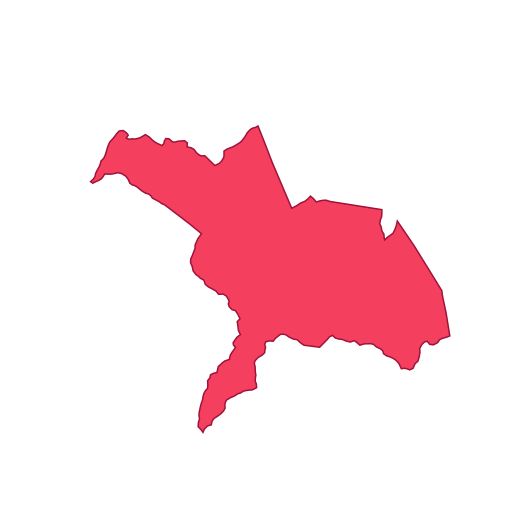 the district of Aracoiaba, Ceará, Brazil, rotated 148°
{"feature_id": "56859067B24661252724236", "entity_name": "Aracoiaba", "entity_type": "district", "adm_level": 2, "iso_a3": "BRA", "parent_name": "Brazil", "parent_adm1": "Ceará", "projection": "orthographic", "projection_center": [-38.671, -4.503], "detail": "fine", "context": "isolated", "style": "filled", "palette": "rose", "viewbox_px": 512, "rotation_deg": 148, "n_neighbors": 0, "source": "geoboundaries", "source_scale": "gbopen_adm2", "svg_char_len": 3758}
<svg xmlns="http://www.w3.org/2000/svg" viewBox="0 0 512 512"><g transform="rotate(148 256 256)"><path d="M250.4,144.9L239.5,147.5L236.6,148.5L233.2,148.1L232.2,144.4L229.8,141.7L226.8,139.3L224.8,136.3L221.7,133.1L217.4,132.1L216.2,128.7L215.2,125.3L210.9,124.2L207.5,122.2L205.1,120.8L203.1,118.7L202.1,115.1L199.9,111.8L198.7,108.6L199.6,105.5L198.2,102.2L195.9,99.5L194.0,96.7L192.5,93.3L191.8,89.6L192.1,86.4L192.5,83.4L189.6,82.1L187.5,80.1L186.0,78.0L182.4,77.5L178.1,80.4L174.4,81.0L171.6,83.4L168.0,87.4L166.2,90.8L162.5,93.0L158.7,93.8L156.0,93.0L155.5,89.0L152.5,86.6L147.9,86.3L144.2,87.8L140.6,87.1L137.7,86.2L134.0,85.5L124.8,107.4L120.6,119.0L118.6,124.3L116.8,128.0L116.6,152.1L116.6,156.9L116.5,176.9L116.5,181.4L117.6,210.8L120.6,207.7L123.8,205.1L127.7,202.7L130.9,202.4L134.0,202.3L138.4,201.5L137.3,204.3L136.0,206.6L136.0,210.3L134.4,214.5L134.0,217.7L131.5,220.6L128.7,222.7L126.8,225.2L124.7,228.6L164.3,263.0L167.0,266.2L169.6,267.7L172.9,269.0L176.2,269.8L176.9,274.2L178.1,277.9L181.7,276.9L185.9,276.5L190.1,277.3L194.1,277.1L197.6,277.3L200.4,277.6L192.7,326.6L189.0,345.6L185.4,365.2L188.2,365.3L190.9,366.2L193.8,366.3L198.0,365.2L202.3,362.9L206.6,361.3L209.3,360.7L212.3,360.7L215.0,360.7L218.2,360.9L221.5,361.6L224.5,362.1L227.6,361.9L229.0,359.5L230.8,356.9L234.5,354.9L237.6,354.0L240.3,354.2L243.0,354.6L246.3,368.2L249.5,370.0L251.0,372.6L251.8,375.3L252.0,379.1L253.6,382.1L256.6,385.1L254.3,388.3L255.4,391.6L261.8,394.9L264.4,395.5L266.4,397.2L267.6,401.4L270.2,403.4L272.9,402.0L274.6,400.1L277.3,399.6L280.2,404.0L281.5,406.6L282.5,409.3L283.5,413.5L285.5,417.6L288.2,417.6L291.6,417.7L296.5,419.2L299.2,421.2L301.8,422.2L303.5,424.7L300.3,426.2L300.6,429.2L302.1,432.8L305.8,434.5L309.5,433.5L313.0,432.1L315.8,431.2L319.5,430.2L322.8,428.0L325.7,425.6L327.9,423.6L330.5,421.4L333.3,419.6L337.1,418.7L339.4,416.5L341.7,414.8L344.9,413.1L348.4,410.9L350.3,408.7L353.3,407.4L356.9,406.7L355.8,404.2L352.2,403.9L349.2,403.4L346.2,403.4L343.5,404.4L340.9,405.7L338.6,404.2L335.7,402.3L332.8,401.1L328.9,399.8L326.1,396.8L324.0,392.3L323.8,388.4L324.4,384.7L323.3,381.9L321.5,379.9L320.2,377.4L319.4,374.8L318.4,371.9L316.5,368.0L314.0,365.2L313.2,362.6L313.2,360.0L311.6,357.3L309.5,353.7L308.1,350.2L306.4,347.9L295.5,318.9L290.4,303.8L293.1,302.7L296.5,301.3L298.9,299.6L301.8,297.6L303.8,294.6L306.7,292.5L309.4,290.4L312.9,288.1L315.0,285.1L315.7,280.8L317.2,276.6L316.8,272.2L315.5,269.1L315.0,266.5L313.0,263.2L314.0,258.9L312.8,255.1L310.6,251.3L308.5,247.4L308.0,243.3L304.1,241.2L302.4,237.9L302.4,234.5L302.8,231.7L304.8,230.2L305.6,227.2L304.8,223.2L302.4,220.6L302.3,216.3L302.8,211.3L306.7,210.3L308.6,205.9L310.5,201.8L310.8,197.6L314.9,197.3L317.8,196.2L321.3,194.6L322.4,192.2L321.7,189.5L324.6,188.1L327.3,187.1L330.4,185.5L333.4,182.4L337.9,183.5L341.1,183.3L343.8,182.7L346.5,182.3L348.6,180.2L350.9,177.9L354.0,179.0L357.5,179.4L359.7,177.1L363.1,175.9L365.5,171.7L367.2,169.4L370.5,168.5L373.5,166.7L375.9,164.3L378.0,161.9L380.2,160.3L382.8,157.9L385.4,155.2L387.3,153.3L389.0,150.7L390.2,147.8L393.2,145.2L395.5,141.9L394.7,138.2L394.4,134.5L391.6,136.5L387.2,137.6L383.4,136.5L380.8,139.2L377.6,140.5L373.8,140.5L369.7,140.8L365.8,141.7L362.9,143.3L360.9,146.9L357.7,149.4L353.0,149.4L348.3,148.7L344.4,148.8L341.6,148.0L338.4,148.1L335.9,147.2L333.3,146.1L330.0,144.4L325.3,144.0L323.6,147.1L322.9,150.5L321.2,152.8L319.3,155.0L317.7,158.6L315.4,162.6L314.2,166.1L312.2,167.7L307.8,168.8L303.3,168.7L299.9,169.4L298.2,171.6L296.3,173.5L295.5,176.3L293.2,178.1L289.6,176.9L286.6,174.6L283.1,175.9L279.7,176.3L277.0,176.6L274.3,175.3L272.3,173.2L270.9,169.7L268.4,165.8L265.4,163.2L264.7,160.2L263.8,157.6L262.6,154.9L250.4,144.9Z" fill="#f43f5e" stroke="#9f1239" stroke-width="1.5"/></g></svg>